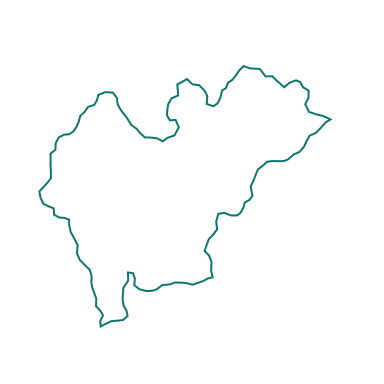 the district of Cipotânea, Minas Gerais, Brazil, rotated 169°
{"feature_id": "56859067B10436357826838", "entity_name": "Cipotânea", "entity_type": "district", "adm_level": 2, "iso_a3": "BRA", "parent_name": "Brazil", "parent_adm1": "Minas Gerais", "projection": "natural_earth1", "projection_center": [-43.36, -20.915], "detail": "fine", "context": "isolated", "style": "outline", "palette": "teal", "viewbox_px": 384, "rotation_deg": 169, "n_neighbors": 0, "source": "geoboundaries", "source_scale": "gbopen_adm2", "svg_char_len": 2215}
<svg xmlns="http://www.w3.org/2000/svg" viewBox="0 0 384 384"><g transform="rotate(169 192 192)"><path d="M316.5,265.9L318.0,259.6L323.6,256.6L324.4,251.5L325.8,245.2L326.7,238.5L327.9,232.3L334.1,227.1L338.0,224.4L341.7,221.7L341.8,215.5L340.2,208.7L335.2,205.1L330.9,202.3L331.7,196.0L327.3,192.4L322.0,190.8L318.0,188.4L318.9,182.7L318.7,176.2L316.5,168.8L314.4,161.7L316.6,153.9L315.1,146.7L310.8,140.2L307.2,135.2L306.6,128.1L308.1,122.4L308.1,116.5L307.2,111.3L306.3,105.5L308.0,98.3L304.6,92.7L302.9,87.9L306.8,82.6L307.2,77.4L302.8,78.8L296.0,80.6L289.6,79.9L284.2,79.5L278.9,82.6L278.9,88.0L280.8,93.3L280.6,99.9L277.7,110.9L271.5,117.3L270.2,125.2L265.5,123.6L264.6,118.2L266.4,111.5L262.2,106.6L255.5,103.4L249.8,102.6L245.3,103.2L238.9,106.3L231.9,105.5L225.8,106.4L220.5,105.2L215.0,103.7L209.2,100.9L202.8,101.7L197.5,102.6L193.2,104.1L188.0,104.3L188.3,110.9L186.2,119.4L187.4,126.4L190.9,131.8L187.6,137.4L184.5,142.5L180.2,145.4L174.5,150.5L173.9,158.4L170.4,165.5L164.2,165.4L158.1,161.5L152.0,160.4L148.0,162.6L144.7,166.8L142.1,171.7L137.1,173.3L133.4,176.7L133.3,186.3L129.9,190.8L126.8,195.7L122.9,201.6L117.3,204.5L112.3,207.4L107.1,207.0L101.5,205.8L95.8,204.8L91.1,205.8L85.2,209.4L78.8,210.8L73.4,215.2L69.6,220.3L65.8,224.9L59.2,226.3L53.4,230.3L47.7,234.8L42.2,236.8L48.2,241.3L54.9,244.4L61.9,248.3L64.1,256.6L59.8,262.0L58.1,269.2L62.9,273.5L64.8,279.2L68.6,281.8L75.5,280.6L81.5,277.2L84.9,281.7L88.1,285.8L91.0,290.3L97.7,291.4L102.1,299.9L106.5,301.0L111.8,302.4L117.3,305.8L122.3,302.4L127.2,297.6L130.9,294.5L135.9,292.3L138.7,287.7L143.2,285.7L145.9,279.5L150.0,274.1L154.7,272.1L160.8,275.7L158.7,282.9L159.9,288.2L164.5,295.4L170.9,297.6L175.4,303.8L180.3,302.1L185.9,300.4L187.1,289.4L194.3,287.8L198.5,282.9L200.5,277.5L201.9,271.9L200.0,266.5L194.3,265.9L192.6,258.0L198.4,250.9L205.9,249.8L211.0,247.3L215.9,251.3L222.1,253.3L227.9,254.6L231.7,259.8L234.1,264.3L238.8,269.4L241.4,276.4L244.2,282.0L246.5,286.8L248.3,292.3L247.7,298.5L250.7,304.6L257.9,306.6L265.5,305.2L267.6,300.4L271.4,296.1L277.7,295.4L282.2,291.1L287.2,288.0L289.8,282.6L292.7,278.3L296.8,274.1L301.5,272.1L306.5,272.7L312.4,271.0L316.5,265.9Z" fill="none" stroke="#0f766e" stroke-width="2"/></g></svg>